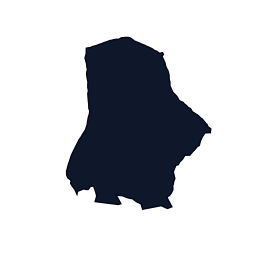 Uhunmwonde, Edo, Nigeria (Mercator projection), rotated 336°
{"feature_id": "59680162B15998169506024", "entity_name": "Uhunmwonde", "entity_type": "district", "adm_level": 2, "iso_a3": "NGA", "parent_name": "Nigeria", "parent_adm1": "Edo", "projection": "mercator", "projection_center": [5.917, 6.501], "detail": "fine", "context": "isolated", "style": "filled", "palette": "ink", "viewbox_px": 256, "rotation_deg": 336, "n_neighbors": 0, "source": "geoboundaries", "source_scale": "gbopen_adm2", "svg_char_len": 2885}
<svg xmlns="http://www.w3.org/2000/svg" viewBox="0 0 256 256"><g transform="rotate(336 128 128)"><path d="M122.4,38.2L120.3,42.7L119.2,44.3L117.3,46.5L116.2,53.2L115.4,55.2L114.6,58.6L113.2,60.0L112.1,62.2L111.3,64.8L110.8,67.0L110.0,70.2L108.7,72.4L108.4,73.4L107.7,74.8L107.2,77.6L105.2,80.5L103.6,85.0L103.1,86.4L102.0,89.8L100.3,94.1L100.1,96.7L98.7,99.2L96.5,101.7L94.1,105.1L92.2,108.2L90.8,109.9L88.4,112.4L86.7,113.5L86.2,113.9L84.0,115.3L81.3,117.3L78.3,119.0L76.7,120.4L75.0,121.8L67.2,128.2L66.4,128.9L64.7,130.5L61.5,134.1L59.6,136.1L58.2,137.7L57.4,138.7L56.3,140.1L55.5,141.2L54.4,142.3L53.9,143.7L53.3,144.9L52.8,146.8L52.8,148.2L52.8,149.1L53.3,149.9L54.1,151.3L54.6,152.9L54.4,153.8L53.6,154.3L53.1,155.5L53.3,156.9L53.6,158.6L53.9,160.2L54.5,162.4L54.5,163.0L54.5,167.6L56.2,165.3L62.7,165.5L63.3,166.0L65.1,167.3L66.7,167.9L70.5,165.6L71.0,166.3L71.4,166.2L71.7,166.3L72.3,167.0L72.7,167.4L73.0,167.6L72.8,170.0L72.8,170.4L72.3,174.8L72.0,176.3L72.7,176.4L68.6,181.3L68.1,181.8L75.8,186.5L88.1,193.9L90.6,194.2L90.3,189.6L90.2,188.2L89.9,186.3L90.2,184.3L91.5,185.4L95.3,187.5L98.7,190.9L100.1,192.1L101.9,193.5L103.3,194.1L104.3,196.1L105.1,197.5L106.4,199.5L107.7,200.9L108.5,202.1L109.6,203.2L108.9,203.9L108.4,208.1L126.8,212.4L131.3,217.5L136.0,217.8L135.4,209.7L135.4,206.9L137.2,206.6L138.6,206.4L140.7,205.2L143.5,203.0L144.5,201.3L145.1,199.2L146.8,197.3L147.8,195.6L149.7,193.7L150.1,193.4L150.4,192.2L151.5,186.4L153.8,184.1L154.9,183.1L156.6,181.5L159.0,181.9L161.3,180.0L165.1,178.6L168.8,176.0L173.5,177.9L177.0,176.1L179.9,175.0L183.7,173.1L186.0,172.9L187.7,170.7L189.2,168.9L192.4,166.2L195.7,164.1L196.6,163.9L197.6,164.1L199.2,164.9L200.3,165.0L201.3,165.7L201.7,164.7L202.2,164.2L202.4,163.8L202.5,163.4L202.8,163.2L202.8,162.9L203.0,162.7L203.2,162.3L202.7,161.7L202.3,160.8L201.3,158.9L201.4,158.5L201.4,157.7L201.6,157.6L201.5,156.9L201.1,157.2L200.8,156.0L200.8,154.9L200.2,152.7L199.4,149.9L198.3,148.2L197.5,146.0L196.6,144.1L195.5,142.8L194.9,141.6L193.4,139.5L193.3,139.4L193.1,136.8L192.8,135.4L191.4,134.0L190.9,132.6L190.6,131.5L190.0,130.4L189.2,129.0L188.7,127.1L186.9,125.0L186.0,124.2L185.9,123.2L185.4,119.0L184.5,116.5L183.4,113.4L183.4,111.7L183.4,109.2L183.4,107.8L183.4,106.1L184.2,105.0L185.0,102.7L185.3,100.5L186.1,98.5L186.9,96.6L187.5,93.5L187.7,91.5L187.4,87.9L187.7,85.9L187.9,85.1L188.2,83.7L188.2,80.0L188.2,78.3L188.2,76.9L188.1,76.2L190.3,75.2L190.1,73.3L187.0,72.6L185.5,69.7L184.0,68.2L183.3,67.5L182.7,66.1L181.1,64.1L179.7,62.5L178.5,61.2L178.3,61.1L177.3,59.7L175.9,58.3L174.2,56.6L172.9,55.0L171.5,53.6L169.6,51.6L169.0,51.1L168.8,50.3L166.8,46.9L165.1,45.4L161.8,44.0L159.9,43.5L158.5,42.9L155.9,43.3L153.2,42.2L151.3,41.6L148.8,41.3L146.9,40.8L143.3,40.6L141.1,40.3L138.7,40.3L135.7,40.0L132.2,39.8L131.5,39.7L129.2,39.2L126.7,39.3L122.4,38.2Z" fill="#0f172a" stroke="#020617" stroke-width="1.5"/></g></svg>